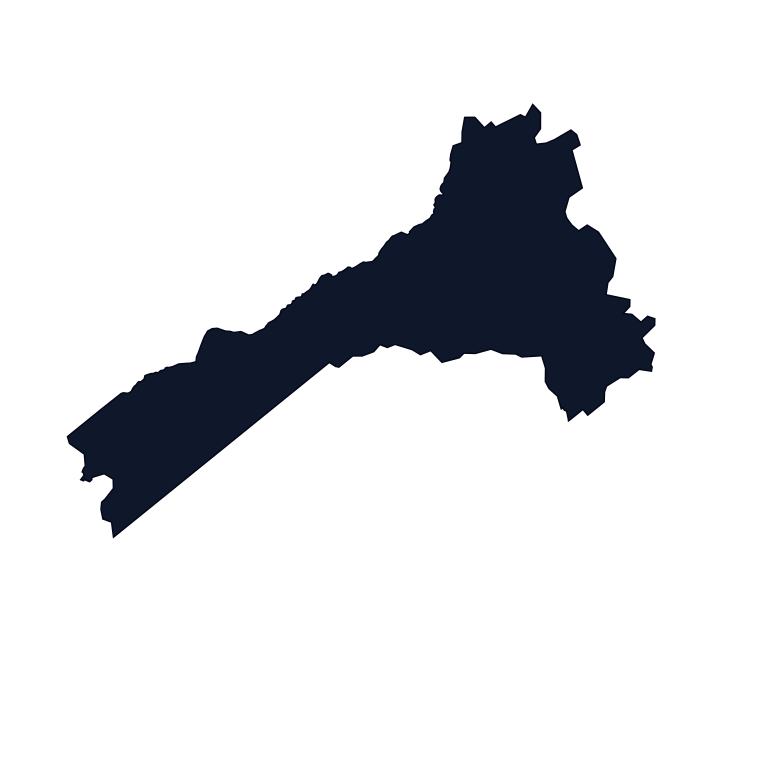 the district of Marion, Oregon, United States of America, rotated 141°
{"feature_id": "52423323B47476867607178", "entity_name": "Marion", "entity_type": "district", "adm_level": 2, "iso_a3": "USA", "parent_name": "United States of America", "parent_adm1": "Oregon", "projection": "robinson", "projection_center": [-122.538, 44.984], "detail": "fine", "context": "isolated", "style": "filled", "palette": "ink", "viewbox_px": 768, "rotation_deg": 141, "n_neighbors": 0, "source": "geoboundaries", "source_scale": "gbopen_adm2", "svg_char_len": 3932}
<svg xmlns="http://www.w3.org/2000/svg" viewBox="0 0 768 768"><g transform="rotate(141 384 384)"><path d="M124.9,335.6L121.8,367.1L126.1,379.6L136.4,380.5L138.0,389.1L137.9,392.9L137.6,398.0L135.0,404.2L122.7,412.8L106.5,411.6L90.7,447.7L81.2,446.4L77.4,456.4L78.9,463.7L97.8,466.6L106.4,469.1L114.8,474.5L112.2,481.0L101.8,483.9L91.7,496.3L92.5,507.6L106.2,502.2L108.6,507.4L135.7,513.5L135.9,520.1L144.8,519.9L145.6,534.1L153.5,540.4L164.7,530.6L171.5,522.4L180.3,525.5L187.7,520.3L191.8,516.3L192.1,514.2L196.9,509.8L200.2,507.8L207.4,505.9L210.9,502.6L211.8,502.8L213.1,502.6L214.4,502.3L215.7,501.6L217.6,500.2L218.4,498.0L218.4,496.4L217.9,495.0L218.7,494.1L220.0,494.0L221.0,495.1L222.1,496.1L223.4,496.2L224.9,496.3L226.2,496.1L227.7,495.6L228.9,494.1L230.0,492.5L230.9,492.2L232.2,492.0L232.7,490.9L232.7,489.3L233.8,488.3L235.0,488.3L236.9,486.8L237.4,485.5L238.4,485.0L240.6,485.1L242.3,484.4L244.1,483.8L246.5,484.0L248.4,484.2L250.9,484.3L253.4,484.2L256.2,485.6L261.8,487.1L268.3,486.2L269.0,485.0L271.7,485.1L272.9,486.9L275.0,491.0L279.4,492.1L281.1,492.5L282.9,492.9L284.4,493.6L286.8,493.3L289.4,492.5L292.8,492.5L297.3,491.1L301.0,490.4L305.2,489.0L306.4,487.8L308.1,487.1L311.9,486.9L314.8,486.3L317.0,486.9L319.6,488.7L321.4,489.6L323.3,491.7L327.3,492.4L331.0,492.7L333.4,493.1L335.4,493.6L336.6,494.2L336.9,495.9L338.3,497.4L340.7,497.4L343.6,497.5L346.7,498.0L348.6,499.1L350.0,498.7L351.2,498.3L352.8,498.2L355.0,499.0L356.6,499.7L357.1,500.2L356.8,500.9L356.2,501.5L356.8,503.1L357.1,504.1L357.9,505.2L359.1,505.4L361.7,506.0L364.1,507.2L366.5,506.8L368.6,506.0L370.9,505.0L372.6,504.3L374.4,504.0L375.4,504.4L376.2,505.0L376.1,505.4L376.2,506.0L376.6,506.0L377.9,505.5L378.8,505.1L380.2,504.6L381.6,504.2L383.0,504.0L384.2,504.1L385.9,504.3L387.5,504.3L388.8,504.4L389.9,504.5L390.3,504.9L390.8,505.3L391.3,505.0L392.3,504.3L393.3,503.8L394.3,504.2L395.2,504.8L396.3,505.6L397.5,506.1L398.6,506.3L399.5,505.5L400.4,505.1L401.6,505.5L402.7,505.9L403.6,505.5L403.9,504.7L405.2,504.5L405.9,504.3L407.1,504.4L407.8,505.0L408.9,505.7L409.9,505.6L410.9,505.1L411.8,504.4L413.0,504.7L414.6,505.4L415.9,505.9L416.6,506.0L417.8,505.8L418.7,505.1L421.2,503.5L423.0,503.3L424.9,503.1L428.4,502.9L431.2,503.2L433.3,503.8L435.8,504.1L436.5,503.8L439.0,503.3L441.9,502.3L444.3,502.9L446.6,503.7L449.7,504.3L452.8,504.9L455.0,505.2L458.3,507.0L462.2,514.7L468.3,518.5L470.4,521.6L474.0,525.0L478.5,532.2L482.7,535.1L487.7,536.1L494.0,533.7L498.1,531.4L502.1,529.1L508.8,525.0L512.6,523.1L516.0,519.6L521.4,522.0L524.5,524.3L526.5,525.7L531.1,528.8L537.1,530.4L541.1,532.3L542.2,533.5L544.0,534.0L544.9,533.4L547.0,533.7L549.2,535.0L552.5,534.8L554.0,536.6L556.6,537.3L558.5,538.7L561.7,540.0L564.4,540.9L567.5,538.7L571.7,538.7L573.2,540.2L575.3,539.9L577.0,539.3L578.8,539.4L581.3,538.9L585.2,537.2L588.6,537.8L590.5,539.5L592.0,541.1L594.1,542.0L617.9,542.3L657.0,542.3L663.1,542.3L665.8,535.7L661.0,518.1L667.8,508.1L670.4,507.6L673.9,505.6L673.3,504.5L674.7,501.8L679.9,500.5L678.5,497.9L676.8,498.0L674.3,493.4L671.4,493.5L669.8,495.2L657.9,490.4L654.3,480.5L660.0,473.1L673.1,470.1L677.8,469.8L682.8,464.7L687.4,456.0L682.6,448.1L690.6,435.2L677.4,435.2L412.9,435.2L410.6,428.2L408.4,425.5L390.6,425.5L383.4,419.6L371.6,415.6L362.4,417.2L358.4,410.3L350.5,407.9L340.5,393.1L337.2,383.9L326.6,380.6L325.3,364.4L308.9,357.0L302.5,357.7L293.8,350.3L278.9,343.8L272.7,333.1L262.7,324.4L259.9,318.3L243.6,306.7L248.5,294.6L257.0,284.4L258.6,276.7L256.8,265.4L261.9,253.1L259.9,252.6L260.3,250.2L259.1,248.0L263.6,239.3L264.6,239.2L253.9,239.1L245.3,239.1L245.3,231.6L224.1,231.6L217.7,239.0L212.4,242.3L196.3,240.4L190.1,235.1L176.5,234.9L168.1,225.7L165.0,228.4L164.3,231.4L154.5,238.0L156.1,251.0L154.5,257.6L136.7,259.3L132.5,264.3L136.6,270.7L145.4,270.3L147.6,282.2L153.8,288.2L144.3,289.6L139.9,294.8L155.3,313.6L146.3,321.9L138.7,323.6L124.9,335.6Z" fill="#0f172a" stroke="#020617" stroke-width="1.5"/></g></svg>